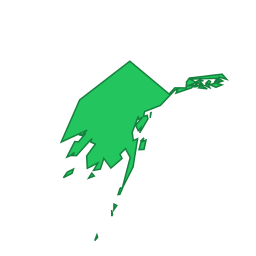 SVG path tracing the border of Alaska, rotated 314°
{"feature_id": "USA-3563", "entity_name": "Alaska", "entity_type": "State", "adm_level": 1, "iso_a3": "USA", "parent_name": "United States of America", "parent_adm1": "", "projection": "natural_earth1", "projection_center": [-152.163, 61.314], "detail": "medium", "context": "isolated", "style": "filled", "palette": "green", "viewbox_px": 256, "rotation_deg": 314, "n_neighbors": 0, "source": "natural_earth", "source_scale": "10m", "svg_char_len": 1906}
<svg xmlns="http://www.w3.org/2000/svg" viewBox="0 0 256 256"><g transform="rotate(314 128 128)"><path d="M177.3,82.9L181.0,134.0L189.4,133.8L197.2,142.0L201.8,138.1L206.6,137.5L232.1,158.3L231.6,165.2L227.9,158.1L223.9,159.6L223.9,161.7L222.9,161.2L223.5,157.9L225.2,157.7L225.6,157.5L206.3,138.7L208.2,145.8L199.0,141.1L203.9,144.9L201.2,145.9L186.4,138.3L190.5,136.8L187.6,135.4L166.8,135.6L151.3,128.5L147.1,131.2L150.5,133.1L148.3,136.0L132.7,139.8L137.1,137.0L133.2,137.2L135.3,131.6L145.6,130.9L141.1,129.2L143.8,127.2L127.9,134.0L122.6,140.6L127.0,142.3L103.5,158.7L80.7,165.7L108.3,150.1L111.4,140.5L103.6,140.4L101.9,144.9L87.3,143.5L89.3,131.7L79.2,136.7L73.6,132.6L82.0,130.6L70.7,126.7L79.2,117.7L93.8,115.7L92.0,111.1L95.3,109.3L72.3,110.1L69.3,106.9L73.3,106.5L67.6,105.6L64.6,104.2L81.3,99.1L83.5,102.0L94.8,101.3L91.1,100.9L88.9,97.2L92.3,99.9L98.1,100.1L71.5,89.7L114.7,73.7L177.3,82.9ZM131.9,149.3L123.7,154.4L120.0,151.0L126.9,147.1L131.9,149.3ZM224.3,165.6L218.4,163.0L215.9,156.7L221.2,159.8L224.3,165.6ZM60.6,117.3L56.5,119.2L47.4,116.0L54.2,115.0L60.6,117.3ZM205.2,148.5L202.5,145.9L209.0,147.0L204.7,147.2L209.8,150.1L205.2,148.5ZM70.4,133.3L70.0,137.1L64.6,134.5L70.4,133.3ZM211.8,146.6L211.0,152.9L208.7,144.9L212.3,146.2L214.4,149.6L211.8,146.6ZM209.1,150.7L211.2,157.8L206.0,150.9L209.1,150.7ZM80.7,165.9L74.6,168.2L73.2,167.1L78.9,164.3L80.0,164.4L80.7,165.9ZM226.7,159.0L227.6,163.5L224.6,161.9L226.7,159.0ZM213.7,152.9L218.1,153.1L218.8,155.0L215.8,156.2L215.3,153.8L213.7,152.9ZM63.5,170.8L64.5,173.8L59.4,174.6L63.5,170.8ZM127.1,146.2L132.1,146.3L129.0,147.2L127.1,146.2ZM215.2,154.3L213.8,158.8L212.0,153.8L215.2,154.3ZM57.7,173.3L54.9,177.0L53.3,177.5L57.7,173.3ZM29.5,179.9L28.2,182.1L23.9,182.3L29.5,179.9ZM220.5,158.4L223.0,158.2L222.9,159.2L220.5,158.4ZM154.6,133.8L155.0,134.0L150.7,136.9L154.6,133.8Z" fill="#22c55e" stroke="#15803d" stroke-width="1.5"/></g></svg>